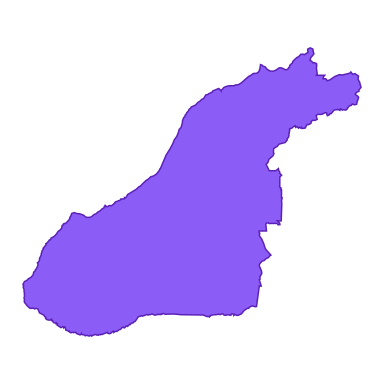 Yankalilla, South Australia, Australia (Natural Earth projection)
{"feature_id": "25037944B56627334914518", "entity_name": "Yankalilla", "entity_type": "district", "adm_level": 2, "iso_a3": "AUS", "parent_name": "Australia", "parent_adm1": "South Australia", "projection": "natural_earth1", "projection_center": [138.318, -35.494], "detail": "fine", "context": "isolated", "style": "filled", "palette": "violet", "viewbox_px": 384, "rotation_deg": 0, "n_neighbors": 0, "source": "geoboundaries", "source_scale": "gbopen_adm2", "svg_char_len": 5902}
<svg xmlns="http://www.w3.org/2000/svg" viewBox="0 0 384 384"><path d="M310.4,47.9L308.2,48.7L307.6,49.5L308.0,52.4L304.2,54.7L303.2,54.2L300.8,54.3L298.5,56.8L296.9,57.5L293.7,60.5L293.0,61.2L292.3,63.0L289.8,65.3L289.4,67.1L288.6,67.7L287.9,69.1L285.7,69.9L282.6,68.3L280.3,67.7L279.1,67.9L276.1,70.0L273.4,71.2L270.4,71.1L267.3,69.5L265.2,66.9L262.9,66.1L262.0,65.1L260.5,64.6L260.0,68.2L259.3,70.5L258.4,72.1L256.6,73.3L253.3,73.5L250.5,75.6L248.8,76.3L241.3,82.9L238.9,84.4L236.8,85.0L235.3,84.9L234.3,85.7L228.6,85.8L225.4,86.7L223.5,87.8L222.3,89.4L220.8,90.2L220.9,90.7L218.9,88.5L218.4,88.6L212.7,91.0L212.2,92.1L208.5,93.8L208.0,94.5L205.8,94.9L203.5,98.7L201.8,99.3L200.1,101.1L197.9,102.4L195.5,105.1L191.2,107.0L190.9,107.9L189.3,109.1L188.1,111.4L186.7,112.7L186.1,114.3L185.1,115.2L184.8,116.8L183.7,117.6L182.4,121.1L182.5,122.2L181.1,127.4L179.2,129.4L178.1,133.2L176.7,136.5L174.3,139.8L172.6,144.1L169.8,149.2L166.1,155.1L160.3,168.8L159.9,168.9L159.3,170.4L156.5,174.0L153.5,176.0L150.7,176.8L148.2,179.2L145.8,180.7L140.1,186.3L139.0,186.7L136.1,189.4L127.5,194.6L127.5,195.2L126.5,196.3L126.2,197.2L125.4,197.9L124.6,197.6L124.8,198.2L124.1,198.8L120.8,199.0L120.7,199.6L119.8,200.3L115.4,201.9L114.8,202.5L114.8,203.1L111.4,205.8L109.4,205.5L107.4,206.7L105.8,206.3L105.4,205.4L105.0,205.4L105.1,206.6L104.3,206.6L103.9,207.9L102.2,208.8L100.2,210.8L97.9,212.0L95.9,213.9L94.3,214.3L91.3,216.9L89.1,217.4L86.6,217.3L85.3,216.8L83.7,215.2L79.7,213.8L76.8,213.5L74.2,212.6L71.7,213.5L70.8,216.1L70.0,217.1L69.5,219.2L68.7,220.2L66.2,222.9L65.2,223.6L64.3,223.4L63.4,224.0L63.4,224.9L62.4,225.2L62.0,225.9L61.7,228.2L59.5,230.6L58.3,231.1L56.3,234.2L54.2,236.4L51.0,238.1L50.9,239.0L50.3,239.9L49.5,239.9L46.9,243.1L45.8,243.7L46.0,244.9L43.7,247.5L43.7,248.1L43.1,248.3L43.2,249.2L41.9,251.2L41.9,252.2L41.3,253.3L41.2,255.1L39.6,258.3L39.5,259.9L38.8,261.8L37.4,262.8L38.0,264.3L37.7,266.0L36.1,269.2L35.4,269.7L35.0,271.2L33.7,272.1L33.1,274.9L30.8,277.5L28.6,278.6L26.7,280.5L24.6,281.5L23.0,284.2L23.1,285.0L23.7,285.5L23.2,287.2L24.2,290.0L24.0,291.5L24.5,293.1L24.3,293.8L24.5,296.2L24.0,298.1L24.5,299.5L24.2,301.4L24.6,302.5L27.4,306.0L29.7,308.1L31.0,308.4L33.2,308.1L34.6,308.9L36.2,308.4L37.8,308.8L39.5,312.9L44.1,315.2L44.4,316.3L45.8,317.3L45.6,318.4L46.6,319.5L48.7,320.1L50.5,320.0L51.5,319.2L51.5,320.4L52.1,320.9L52.6,320.7L52.9,321.8L54.2,322.9L56.3,322.8L56.0,323.7L57.4,323.8L57.0,325.0L60.7,327.5L61.5,327.5L62.6,326.7L63.3,326.8L63.7,327.8L64.4,326.8L65.0,326.9L65.9,330.2L68.6,331.0L68.6,331.4L69.1,331.7L69.6,331.4L69.8,332.2L71.0,332.8L72.1,332.4L73.3,332.3L73.4,332.6L75.9,332.3L76.4,333.5L79.7,334.8L80.5,334.8L81.4,333.7L81.4,334.2L82.0,334.6L84.6,335.0L85.2,335.8L86.8,335.3L89.3,336.1L90.5,335.3L91.8,336.1L92.4,335.4L95.9,334.4L96.5,335.0L98.2,335.2L99.0,334.4L100.0,334.9L101.6,334.2L102.1,334.5L107.1,332.4L107.6,333.2L109.2,333.7L110.4,333.5L113.2,331.2L113.8,331.6L113.8,332.4L115.2,331.4L117.0,331.4L119.0,329.8L120.6,329.3L122.5,327.2L123.4,327.2L123.6,327.6L124.6,327.9L126.1,326.0L126.8,325.9L127.2,326.5L128.7,325.5L129.4,324.4L130.4,324.5L131.2,323.2L132.9,323.0L134.0,321.8L135.1,321.5L138.3,316.8L141.8,315.7L142.2,316.1L143.9,315.7L146.6,314.5L148.0,315.1L148.9,314.5L149.7,314.8L152.0,314.0L155.0,315.2L157.5,314.4L158.1,314.7L158.9,314.2L160.0,314.6L161.4,314.4L161.4,314.0L162.1,314.1L163.2,313.4L164.9,314.2L173.7,314.0L181.2,314.7L203.2,315.0L206.8,316.5L209.0,316.6L209.3,316.9L209.6,316.2L210.2,316.2L210.8,315.5L213.4,314.8L216.9,314.6L218.0,314.1L219.2,314.6L220.6,314.5L222.1,313.8L223.1,314.1L224.1,315.1L225.8,315.3L227.6,314.7L230.8,315.3L231.0,314.5L231.9,313.7L233.6,314.4L233.8,315.3L234.2,314.7L234.3,315.1L235.5,314.7L236.8,315.4L238.0,315.4L241.4,313.9L244.0,310.7L246.3,309.0L248.3,308.0L248.7,308.3L250.0,306.8L252.3,305.9L255.2,306.7L256.5,306.5L259.3,285.9L261.2,286.1L259.3,279.7L260.0,279.3L259.9,276.9L261.8,273.4L261.4,270.7L259.2,265.7L259.5,264.3L260.8,262.5L262.4,261.0L264.2,260.5L266.2,258.5L268.4,257.6L270.0,255.6L270.9,255.1L266.0,249.7L265.0,247.8L263.7,243.6L261.7,239.0L259.9,236.6L259.3,234.8L259.8,233.2L259.1,232.6L259.1,231.0L266.5,231.0L265.8,224.3L266.5,223.0L268.2,222.9L269.1,223.5L276.9,223.4L278.1,224.8L279.9,224.7L279.7,223.1L277.3,220.8L281.2,220.9L281.8,203.3L281.5,201.3L282.1,197.8L281.5,197.8L281.5,190.5L281.2,190.5L281.4,189.2L280.6,188.8L280.8,187.7L279.9,187.2L279.6,186.4L279.8,186.0L279.8,177.0L281.6,175.2L279.6,173.2L279.8,172.1L278.7,170.5L278.4,168.6L275.8,170.7L269.3,170.8L266.1,164.3L267.9,162.6L268.9,159.3L272.9,155.9L274.0,153.5L273.4,152.4L273.7,148.5L277.2,146.4L279.1,144.1L285.2,142.5L287.2,140.0L287.1,139.1L288.6,136.9L289.0,135.4L288.7,134.1L289.3,133.1L289.2,132.0L289.7,130.8L289.6,128.7L289.9,128.5L290.7,128.6L292.5,127.7L292.7,127.2L295.1,125.7L295.7,127.4L296.9,126.6L298.4,128.1L299.3,127.2L300.6,128.1L301.2,127.3L302.0,128.5L305.1,128.1L306.8,125.0L307.5,124.4L308.2,124.7L308.9,124.5L311.0,123.3L311.2,121.5L312.6,120.3L314.9,120.4L317.2,119.4L316.1,115.5L317.1,114.8L318.7,114.2L319.8,114.5L322.2,114.2L325.1,112.7L326.4,112.8L327.3,115.7L328.8,115.2L329.8,113.8L331.1,113.7L334.0,110.2L335.7,109.7L337.1,109.8L337.8,109.3L339.9,110.4L340.5,108.8L342.3,110.1L343.5,109.7L345.8,110.1L347.5,108.7L347.5,107.9L349.7,105.7L351.0,105.5L351.7,104.9L351.8,104.4L352.7,104.0L354.3,104.8L356.6,104.3L357.1,101.9L358.6,97.7L358.1,96.4L355.8,94.9L355.3,94.0L356.8,92.1L358.9,91.4L359.1,89.7L361.0,87.4L360.4,84.9L360.0,84.6L359.9,82.8L358.0,79.2L358.5,76.1L355.0,73.6L352.7,74.3L350.9,72.0L350.6,72.6L349.0,73.4L342.3,75.0L339.5,74.6L334.8,76.5L329.7,80.0L327.1,80.7L326.2,79.1L325.3,78.7L323.1,78.8L323.4,76.9L324.7,75.3L316.5,75.3L317.2,74.2L316.4,67.9L316.8,65.0L316.1,63.7L316.3,63.5L314.3,62.7L312.8,62.8L311.9,61.5L310.0,60.1L310.8,57.6L313.6,54.4L313.9,53.3L313.4,52.6L312.9,49.1L310.4,47.9Z" fill="#8b5cf6" stroke="#5b21b6" stroke-width="1.5"/></svg>